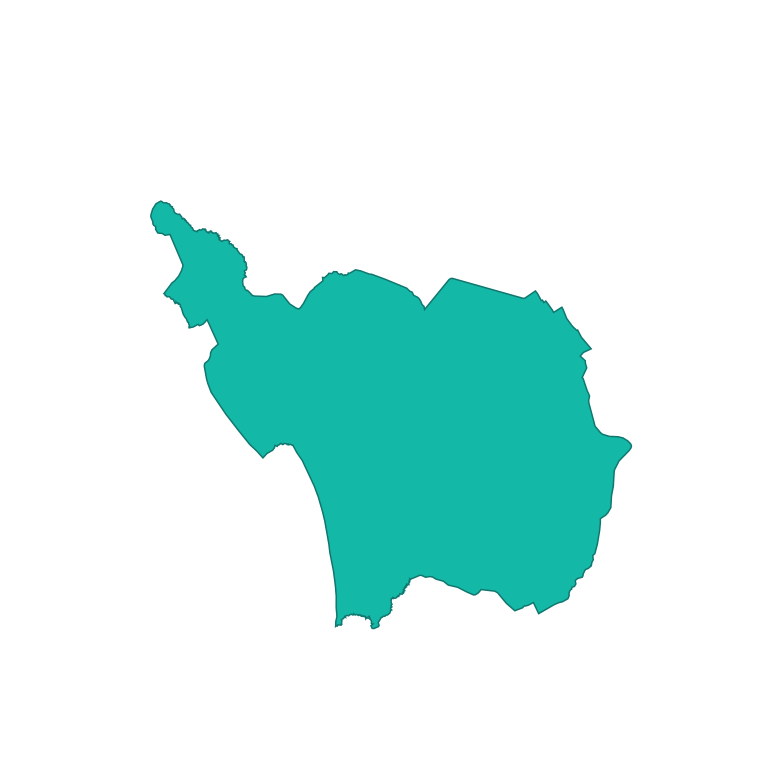 Tha Tako, Nakhon Sawan, Thailand (Natural Earth projection), rotated 142°
{"feature_id": "78962969B77286306001926", "entity_name": "Tha Tako", "entity_type": "district", "adm_level": 2, "iso_a3": "THA", "parent_name": "Thailand", "parent_adm1": "Nakhon Sawan", "projection": "natural_earth1", "projection_center": [100.504, 15.619], "detail": "fine", "context": "isolated", "style": "filled", "palette": "teal", "viewbox_px": 768, "rotation_deg": 142, "n_neighbors": 0, "source": "geoboundaries", "source_scale": "gbopen_adm2", "svg_char_len": 6171}
<svg xmlns="http://www.w3.org/2000/svg" viewBox="0 0 768 768"><g transform="rotate(142 384 384)"><path d="M199.1,284.2L199.7,299.3L198.2,307.3L199.1,307.5L200.0,313.5L199.7,323.1L196.9,332.8L196.6,335.0L206.3,336.0L205.8,338.8L205.4,349.0L205.5,349.8L207.9,349.7L207.5,352.5L208.7,352.9L207.4,360.7L207.4,364.1L220.0,364.9L221.6,365.8L264.9,424.9L266.1,425.9L268.2,426.3L306.2,417.7L304.7,420.5L305.1,423.3L304.1,426.6L303.8,429.7L304.1,431.6L306.0,435.6L305.3,439.1L306.6,441.5L307.1,445.5L318.6,465.8L326.2,478.1L327.8,479.5L332.6,487.3L336.1,491.5L342.7,492.4L344.0,493.4L344.6,492.8L345.9,492.7L346.7,493.1L347.4,494.1L348.9,494.1L349.6,496.8L350.1,497.4L351.3,497.4L352.1,498.9L352.3,500.8L352.0,501.4L354.6,503.6L356.7,503.0L359.4,505.2L360.6,504.7L365.4,504.4L366.8,505.8L368.6,502.9L379.5,502.8L380.1,502.3L385.4,502.1L389.4,500.8L397.7,497.1L403.1,495.5L405.2,495.8L406.6,498.1L409.0,505.2L409.1,516.4L410.0,518.3L414.7,522.2L422.7,525.3L432.1,533.2L433.2,534.9L433.8,541.1L434.1,542.0L434.8,542.2L435.0,544.8L434.2,546.0L434.5,548.3L432.1,552.1L430.3,553.7L428.7,553.9L426.6,553.3L426.4,554.8L427.0,555.5L426.4,556.3L424.9,556.9L424.8,558.6L423.7,559.2L422.2,558.6L420.5,560.0L419.9,561.1L420.0,562.0L418.7,563.1L418.2,564.3L418.0,565.7L418.8,565.9L418.8,566.4L416.0,570.2L416.1,570.8L417.0,571.1L416.3,572.7L416.7,574.3L417.3,574.8L417.4,576.1L417.2,580.1L416.5,581.1L417.6,582.2L417.8,583.8L418.3,584.5L417.4,586.4L418.3,587.5L418.0,587.7L418.2,588.8L419.4,589.4L419.5,589.9L418.9,590.9L417.8,591.3L418.4,592.6L418.4,593.9L420.3,594.6L421.4,595.8L424.2,596.4L424.3,598.1L425.1,598.9L424.6,599.8L424.2,599.6L423.2,600.0L424.0,601.2L423.3,601.9L423.8,602.8L422.8,602.8L423.5,603.5L423.3,604.3L422.8,604.4L423.2,604.9L423.1,605.9L423.5,606.0L423.3,606.7L425.4,607.5L425.3,608.0L426.3,608.9L426.1,609.7L426.4,610.0L425.9,610.6L426.3,611.3L427.2,611.4L427.8,611.0L428.4,611.6L429.2,611.1L429.4,612.2L429.9,612.3L430.1,615.2L429.6,615.2L429.6,616.4L430.6,616.6L431.2,617.8L432.9,617.8L434.3,618.7L434.5,619.3L435.9,619.3L436.7,619.7L437.5,619.1L439.6,622.3L438.9,625.0L439.3,625.8L439.3,627.2L438.7,628.1L439.4,629.1L439.3,632.0L439.9,632.9L439.4,633.9L439.6,634.8L440.1,635.2L439.5,636.0L440.0,636.2L439.7,637.2L440.0,638.0L441.3,638.3L440.6,640.0L440.5,643.6L442.2,644.8L443.4,647.4L443.2,649.3L442.1,651.3L442.4,653.4L441.7,653.9L442.8,656.0L442.2,657.1L442.4,658.2L443.2,658.9L443.8,660.7L446.3,662.6L446.7,664.6L447.4,665.6L452.7,666.4L458.7,664.2L463.5,660.8L464.9,659.1L466.2,654.3L467.5,652.5L467.8,650.9L467.0,648.7L468.8,646.4L469.3,642.3L465.9,638.9L465.1,636.1L460.6,633.6L469.1,601.7L470.3,600.4L473.8,598.0L479.2,595.5L485.0,594.2L488.8,594.2L501.8,590.7L501.2,589.5L502.0,588.4L501.2,587.4L501.3,586.2L500.1,585.6L499.2,584.5L499.4,582.1L498.0,580.6L499.0,576.0L498.0,575.7L497.4,576.4L497.5,575.5L496.4,574.9L496.9,574.4L496.9,573.6L496.5,573.1L496.0,573.3L495.8,571.5L496.8,570.6L496.9,568.5L499.2,562.8L499.7,559.2L499.6,557.0L500.6,553.8L500.3,553.1L501.7,549.2L502.6,549.1L503.0,548.2L499.0,546.3L493.8,545.5L493.7,543.7L491.2,542.9L489.2,542.6L483.8,543.6L490.1,517.5L498.4,516.9L501.4,515.4L503.4,513.1L506.6,511.2L508.3,510.7L512.5,510.6L513.3,510.0L514.6,508.8L520.8,497.0L522.5,492.9L525.3,484.0L527.2,457.6L527.3,437.8L527.0,418.8L525.5,409.3L524.9,400.3L519.0,401.3L512.6,400.4L509.7,401.1L507.8,402.7L506.5,400.6L505.3,401.1L504.0,400.6L501.9,400.7L501.4,399.9L501.4,398.9L500.4,398.4L499.4,398.7L497.6,396.9L497.6,395.8L496.5,395.8L496.5,394.6L494.9,394.2L493.9,391.9L493.5,391.8L494.9,383.8L495.5,374.0L501.8,346.5L505.3,335.5L510.9,321.5L515.1,312.3L526.0,291.8L530.4,284.6L538.8,268.0L546.4,255.1L552.2,246.3L559.2,237.4L564.2,229.8L568.1,226.6L571.4,222.7L569.7,222.6L569.6,222.1L568.7,222.6L566.2,220.4L565.7,220.9L565.0,220.8L565.1,221.4L563.1,223.1L562.5,224.6L560.2,224.1L558.3,224.9L557.9,223.8L557.3,224.9L555.4,224.3L554.6,223.1L552.9,223.2L551.5,222.6L550.7,221.1L549.9,220.9L549.4,221.5L549.0,219.8L547.3,219.1L546.7,217.4L545.7,217.6L545.5,216.7L544.5,216.3L545.0,215.4L544.5,214.5L543.9,214.0L543.8,214.5L543.1,214.3L543.0,213.5L542.3,213.0L542.4,212.2L541.8,212.0L542.6,210.7L542.2,210.9L542.0,210.1L541.5,210.3L540.9,209.6L540.2,210.2L538.8,210.2L539.3,208.2L540.1,208.3L539.6,206.3L540.1,204.4L541.3,203.3L541.2,202.4L540.5,201.7L543.1,201.6L543.8,198.7L542.5,197.5L537.9,196.3L536.6,196.6L535.5,199.5L529.8,201.7L529.0,201.3L527.6,201.4L526.1,200.4L524.9,200.7L523.4,199.8L520.5,199.9L518.0,201.5L517.1,201.2L517.2,202.8L516.6,203.5L515.0,203.5L515.1,205.0L513.3,205.5L512.9,207.6L510.4,210.3L509.5,209.8L509.0,210.2L508.8,209.5L508.3,209.9L508.3,209.1L506.6,208.1L505.5,207.9L504.6,208.4L503.3,207.6L503.2,208.5L501.4,208.1L500.7,209.0L499.1,207.2L498.3,208.0L497.7,208.0L497.5,207.5L497.2,208.0L496.8,207.7L496.6,208.5L495.0,208.3L495.4,210.1L493.6,209.9L493.4,210.8L492.7,210.5L492.4,210.9L491.7,210.5L491.8,211.2L491.2,211.5L490.8,211.1L490.6,211.7L489.7,211.7L489.4,212.1L489.2,211.1L488.6,211.5L487.9,210.6L487.1,211.8L485.8,212.2L485.9,212.8L485.2,212.8L484.9,212.3L485.0,213.7L483.8,213.7L483.5,214.6L483.1,213.8L473.6,211.2L472.2,210.0L470.2,206.1L466.5,204.1L464.5,201.9L463.2,198.3L458.6,192.0L457.2,186.0L451.1,178.5L446.8,169.1L443.3,162.7L441.9,161.7L438.3,161.3L434.0,162.2L424.3,152.6L423.0,149.6L422.6,135.9L420.5,124.8L412.8,122.4L409.9,122.7L408.9,121.8L406.3,120.8L400.8,119.8L403.5,107.8L385.4,105.3L381.0,104.1L377.3,102.5L371.3,101.6L368.6,103.1L366.9,105.3L365.3,106.4L363.8,107.0L362.5,106.8L361.0,108.2L358.7,107.2L355.9,108.3L354.6,110.9L353.7,111.5L350.9,111.5L346.7,109.7L345.1,110.5L344.0,111.7L339.6,113.8L336.5,112.9L332.8,113.1L332.7,113.6L331.9,113.7L330.1,115.4L327.3,116.7L325.1,120.3L322.3,120.5L314.4,126.5L304.4,135.7L298.9,141.5L296.4,144.7L290.1,144.2L286.9,144.7L281.4,146.9L273.5,155.9L266.4,162.1L256.5,173.3L254.9,174.6L246.1,178.7L232.0,180.6L228.9,181.5L227.3,182.6L226.5,184.7L226.8,188.5L228.8,194.2L232.0,198.3L238.6,203.9L242.8,209.9L243.4,212.8L243.7,220.7L234.3,242.8L232.8,245.1L229.4,248.0L227.9,254.0L223.7,265.8L224.0,267.0L214.3,271.9L212.5,276.4L211.1,278.4L212.2,285.2L207.4,286.1L199.1,284.2Z" fill="#14b8a6" stroke="#0f766e" stroke-width="1.5"/></g></svg>